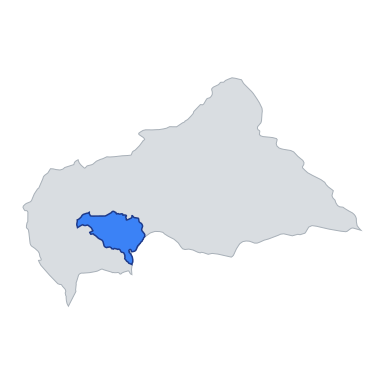 where Ombella-M'Poko sits in Central African Republic
{"feature_id": "CAF-4856", "entity_name": "Ombella-M'Poko", "entity_type": "Prefecture", "adm_level": 1, "iso_a3": "CAF", "parent_name": "Central African Republic", "parent_adm1": "", "projection": "albers", "projection_center": [18.055, 4.882], "detail": "fine", "context": "in_parent", "style": "filled", "palette": "blue", "viewbox_px": 384, "rotation_deg": 0, "n_neighbors": 0, "source": "natural_earth", "source_scale": "10m", "svg_char_len": 7107}
<svg xmlns="http://www.w3.org/2000/svg" viewBox="0 0 384 384"><path d="M272.7,137.6L276.5,138.6L277.2,139.7L276.2,143.6L276.9,146.0L279.1,148.0L281.3,148.8L283.4,149.3L290.7,150.5L293.7,151.9L297.8,156.3L302.8,160.4L304.0,162.6L303.8,164.5L302.4,166.9L302.6,167.9L305.0,170.3L307.6,172.7L312.5,175.4L320.9,179.6L324.8,182.4L326.1,184.6L328.3,186.9L331.3,189.1L333.3,190.7L332.0,195.4L332.4,197.0L333.2,198.3L335.0,200.1L335.7,202.5L337.5,205.5L339.6,206.8L343.0,207.2L344.9,208.6L348.7,210.9L352.4,212.9L354.0,214.3L355.0,215.5L355.8,217.0L356.3,218.5L356.4,221.7L357.1,225.6L359.1,228.3L361.0,230.3L353.4,228.1L352.3,228.0L351.0,228.4L347.1,231.3L345.8,231.7L340.9,231.2L328.9,229.1L319.7,227.0L316.9,226.3L312.0,225.6L308.7,227.1L305.7,232.2L304.9,233.2L300.1,234.7L297.8,234.3L292.3,235.8L283.7,233.8L280.6,234.2L278.2,235.3L272.1,237.6L268.4,239.0L264.1,240.2L259.9,242.1L257.2,243.1L254.5,243.1L252.0,242.1L249.3,241.2L246.1,241.0L242.8,241.6L239.9,243.6L238.8,245.1L236.4,248.9L233.5,255.2L232.4,256.4L231.3,257.1L217.9,254.1L212.1,253.4L208.2,254.3L203.3,252.6L201.2,252.3L200.2,252.9L197.5,252.1L193.0,250.0L188.8,249.1L185.0,249.5L182.6,248.8L180.8,246.7L178.3,242.9L174.0,239.2L168.1,236.2L164.5,233.9L163.0,232.4L159.9,231.6L155.0,231.4L150.4,232.9L143.8,237.6L137.6,247.3L134.2,251.0L131.4,251.9L130.7,254.2L132.1,257.9L132.5,262.2L131.5,269.4L131.9,274.6L130.4,273.8L129.0,271.3L128.3,270.8L124.2,272.0L122.1,272.9L121.0,273.9L120.1,274.1L118.8,272.7L117.8,272.5L116.2,272.7L114.6,272.7L113.5,272.5L112.8,272.7L110.9,271.9L103.8,269.8L102.6,269.2L101.2,269.2L97.6,271.0L95.7,271.5L89.9,272.6L83.6,273.1L81.3,273.1L79.6,273.9L78.6,275.0L76.6,281.6L76.1,282.8L76.2,284.5L75.6,289.8L75.9,291.5L68.4,306.2L67.1,303.7L66.4,300.8L66.1,297.6L66.3,296.7L65.8,295.7L65.2,293.0L65.8,291.3L65.3,289.5L63.8,287.7L62.5,286.3L61.8,285.1L61.1,284.5L59.7,284.4L57.8,283.7L49.5,275.1L40.9,265.3L39.2,262.2L38.5,260.4L40.6,260.2L41.2,259.9L41.2,259.0L39.9,256.5L39.3,253.4L38.2,251.4L34.9,248.4L31.7,246.2L30.7,245.0L30.1,243.4L28.9,232.9L28.4,229.9L27.4,228.6L26.6,228.0L26.4,227.3L26.5,225.4L26.9,223.7L26.9,223.1L27.8,221.6L27.9,212.0L26.8,210.6L24.9,210.6L23.9,209.2L23.0,207.4L23.3,206.1L25.2,204.2L26.4,203.4L30.1,201.9L31.1,201.1L31.7,200.2L32.2,198.9L34.3,193.9L37.5,189.0L38.8,188.0L42.0,180.7L42.8,178.8L43.4,176.9L44.4,175.5L47.8,173.0L50.5,168.7L53.3,168.9L56.2,169.6L60.0,170.0L62.9,169.1L64.8,167.5L73.8,164.6L74.5,162.3L75.9,161.0L77.6,160.0L78.2,159.8L78.3,160.6L79.3,163.0L81.3,165.4L84.4,168.1L85.2,167.9L87.1,165.9L91.8,164.7L93.0,164.1L96.4,161.2L100.4,159.4L102.8,158.7L106.8,156.8L109.7,157.0L114.4,156.7L122.1,155.8L127.7,155.5L130.6,155.2L131.3,154.8L132.4,152.0L133.2,151.2L135.3,150.0L139.4,145.8L142.1,142.2L142.9,140.9L143.5,140.7L144.7,139.2L143.5,137.6L138.9,134.5L138.9,134.1L138.7,133.5L138.9,133.1L140.7,131.8L143.1,130.4L145.6,129.8L152.2,129.9L157.8,129.6L159.1,129.6L163.5,128.9L166.5,128.2L169.6,126.7L176.6,126.8L182.4,122.9L184.1,122.2L184.8,121.6L185.0,121.1L187.7,119.5L190.8,116.3L193.2,113.5L193.8,111.5L200.4,104.6L202.7,104.8L203.8,103.9L206.4,99.4L207.2,98.5L209.9,97.7L211.2,96.4L212.3,94.3L212.3,91.9L211.7,89.9L211.7,88.9L212.4,88.0L213.4,87.1L218.4,84.7L219.6,83.5L220.4,82.4L221.8,82.2L223.3,82.3L224.3,81.7L225.4,80.5L228.8,79.0L232.0,77.8L235.4,78.3L241.5,79.8L243.3,83.0L244.2,84.1L251.8,91.7L253.3,93.5L257.1,99.1L259.4,102.8L262.0,108.2L262.3,111.1L262.0,113.6L261.5,120.8L260.9,122.8L257.6,126.7L257.4,128.4L258.1,129.8L259.2,130.4L259.8,131.1L259.4,134.5L260.6,135.8L263.1,136.6L269.4,137.2L272.7,137.6Z" fill="#d9dde1" stroke="#a8b0b8" stroke-width="1"/><path d="M144.8,236.6L144.2,237.2L143.8,237.6L143.5,238.3L143.3,239.1L143.1,239.3L142.9,239.6L142.7,239.7L142.5,239.9L142.3,240.9L141.9,241.3L141.5,241.6L141.0,242.0L140.1,243.5L139.5,243.8L139.4,243.9L139.0,244.7L138.1,245.4L137.5,246.3L136.2,249.6L135.6,250.5L134.7,251.1L133.5,251.5L133.0,251.6L132.5,251.7L131.9,251.6L131.5,251.3L131.3,250.7L131.1,250.2L130.8,249.7L130.5,249.5L129.9,249.5L129.5,249.6L129.1,250.1L128.9,250.5L128.8,250.8L129.0,251.2L129.4,251.6L129.1,252.1L129.3,252.5L129.9,253.0L130.1,253.4L130.9,254.0L131.0,254.3L131.1,254.8L132.1,256.5L132.4,257.6L132.8,259.8L132.8,261.4L132.7,262.1L132.5,262.7L131.9,263.6L131.9,264.1L131.9,264.5L129.9,263.6L129.2,263.4L128.9,263.3L128.7,263.1L128.3,262.5L128.1,262.2L127.9,262.0L127.7,261.8L127.3,261.6L126.9,261.4L126.6,261.1L126.4,260.8L126.2,260.4L125.1,259.2L124.8,258.7L124.7,258.4L124.9,257.7L125.0,257.4L125.0,257.0L124.8,256.2L124.8,255.9L124.9,255.3L124.8,255.1L123.9,253.1L123.6,252.8L123.3,252.6L122.7,252.4L121.9,252.3L121.6,252.2L121.3,252.0L120.9,251.6L120.1,250.0L119.8,249.6L119.3,249.3L118.8,249.1L118.4,249.2L118.0,249.4L117.6,249.4L117.3,249.3L117.0,249.0L116.7,248.9L116.3,248.9L116.1,248.8L115.9,248.8L115.2,248.6L114.6,248.5L114.3,248.5L114.1,248.5L113.8,248.7L113.7,248.8L113.6,249.0L113.3,249.1L113.1,249.0L112.5,248.8L112.2,248.8L111.9,248.8L111.7,248.7L111.4,248.2L111.3,247.9L111.2,247.7L109.8,247.0L109.5,247.0L109.2,247.0L108.6,247.2L107.5,247.2L107.2,247.3L107.0,247.5L106.9,247.6L106.6,247.6L106.3,247.5L105.5,247.2L105.1,247.0L104.4,246.2L104.1,245.9L104.0,245.5L103.1,242.0L102.9,241.4L102.0,240.2L101.7,240.0L101.3,239.8L99.3,238.8L98.2,238.1L97.1,237.0L96.4,236.5L95.9,235.9L95.6,235.6L94.4,235.0L94.0,234.7L93.7,234.3L93.6,234.1L93.3,233.9L93.0,233.9L90.8,234.2L89.8,232.6L89.7,232.5L89.7,232.4L89.8,232.4L90.3,232.2L90.5,232.2L91.0,231.7L91.3,231.6L91.7,231.4L92.6,231.1L92.8,230.9L92.9,230.7L91.3,227.9L90.7,227.3L88.1,225.3L87.7,225.1L87.3,225.1L86.7,225.2L85.7,225.5L84.7,225.5L84.0,225.4L83.5,225.2L82.8,224.7L82.3,224.9L81.3,225.3L77.5,227.6L77.1,225.9L76.8,225.1L76.8,224.6L76.8,224.0L77.3,221.2L77.2,219.9L78.2,219.5L79.5,218.6L81.0,217.1L81.4,216.7L81.8,215.8L82.3,215.2L83.3,214.4L86.6,213.3L88.0,213.1L88.5,212.8L88.7,212.6L89.3,212.3L89.3,213.6L89.4,214.0L89.9,214.8L90.4,215.8L91.0,216.0L92.5,216.1L105.1,216.0L106.1,215.6L111.1,212.8L111.3,212.6L111.5,212.4L111.7,212.1L112.0,211.8L112.4,211.5L113.2,211.3L113.6,211.4L114.0,211.5L114.5,211.9L115.9,212.5L116.0,212.7L116.1,213.0L116.1,213.4L116.2,213.6L116.3,213.7L116.6,213.9L116.9,213.9L117.2,213.8L117.8,213.6L118.1,213.6L118.4,213.6L118.6,213.8L119.1,214.1L119.3,214.1L119.5,214.1L121.7,213.8L122.3,213.9L122.6,214.0L122.8,214.3L122.8,214.5L122.9,214.9L122.9,215.1L123.1,215.2L123.5,215.1L123.9,215.0L124.7,215.0L125.3,215.1L125.8,215.2L126.1,215.4L126.3,215.5L126.4,215.8L126.4,216.1L126.2,216.3L125.9,216.5L125.7,216.7L125.6,216.9L125.7,217.1L125.8,217.4L126.1,218.0L126.2,218.3L126.3,218.6L126.3,219.5L126.3,219.8L126.5,220.0L126.9,220.0L127.9,219.6L129.1,219.1L131.3,218.0L131.6,217.7L131.9,217.2L131.9,216.8L132.0,216.5L131.9,215.9L132.0,215.7L132.4,215.7L133.8,217.3L134.7,217.7L135.2,217.7L138.1,218.2L138.4,218.4L138.6,218.8L139.0,221.4L139.3,221.9L139.7,222.4L140.6,223.0L141.2,223.3L141.4,223.6L141.8,224.0L142.3,225.0L142.5,225.6L142.6,226.1L142.5,226.7L141.8,228.7L141.7,229.3L141.7,229.9L141.9,230.6L144.4,233.8L144.8,234.8L144.7,235.8L144.8,236.6L144.8,236.6Z" fill="#3b82f6" stroke="#1e3a8a" stroke-width="1.5"/></svg>